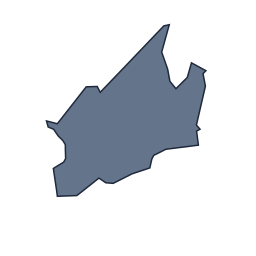 the district of Union, New Jersey, United States of America, rotated 140°
{"feature_id": "52423323B67748143135818", "entity_name": "Union", "entity_type": "district", "adm_level": 2, "iso_a3": "USA", "parent_name": "United States of America", "parent_adm1": "New Jersey", "projection": "albers", "projection_center": [-74.293, 40.666], "detail": "fine", "context": "isolated", "style": "filled", "palette": "slate", "viewbox_px": 256, "rotation_deg": 140, "n_neighbors": 0, "source": "geoboundaries", "source_scale": "gbopen_adm2", "svg_char_len": 708}
<svg xmlns="http://www.w3.org/2000/svg" viewBox="0 0 256 256"><g transform="rotate(140 128 128)"><path d="M211.2,145.0L222.5,126.6L226.0,121.1L210.6,109.1L182.5,108.3L180.2,100.3L174.9,95.1L154.4,90.3L136.9,83.4L129.7,88.9L125.9,90.5L112.7,87.4L85.1,69.6L77.5,81.5L73.6,80.8L73.7,86.3L41.8,110.3L35.6,121.4L31.5,121.8L37.5,137.1L50.1,128.6L66.0,127.3L65.9,136.8L59.8,147.6L53.4,164.5L30.0,180.6L34.9,183.2L45.7,182.0L92.8,176.8L104.9,175.5L126.3,173.2L124.9,179.6L133.5,186.4L179.4,176.7L185.9,185.8L188.5,180.1L185.8,174.8L186.6,166.9L186.0,160.2L186.7,155.6L187.8,154.2L189.8,151.8L195.4,144.7L199.2,143.2L205.7,144.2L211.2,145.0L211.2,145.0Z" fill="#64748b" stroke="#1e293b" stroke-width="1.5"/></g></svg>